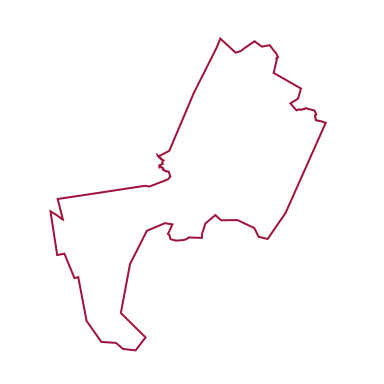 the district of Craven, North Carolina, United States of America, rotated 80°
{"feature_id": "52423323B69937594660811", "entity_name": "Craven", "entity_type": "district", "adm_level": 2, "iso_a3": "USA", "parent_name": "United States of America", "parent_adm1": "North Carolina", "projection": "equal_earth", "projection_center": [-77.135, 35.114], "detail": "fine", "context": "isolated", "style": "outline", "palette": "rose", "viewbox_px": 384, "rotation_deg": 80, "n_neighbors": 0, "source": "geoboundaries", "source_scale": "gbopen_adm2", "svg_char_len": 2215}
<svg xmlns="http://www.w3.org/2000/svg" viewBox="0 0 384 384"><g transform="rotate(80 192 192)"><path d="M186.5,334.7L193.7,334.9L230.7,335.7L230.6,328.4L256.4,322.7L256.1,318.8L300.7,318.2L323.9,307.3L327.4,293.1L334.6,287.2L338.2,275.0L327.1,263.0L298.9,283.1L252.3,265.6L222.4,243.2L218.0,224.1L219.6,219.5L220.5,216.9L229.2,223.0L230.3,221.8L234.7,221.3L237.1,216.3L237.8,209.1L237.5,205.5L236.2,203.2L238.9,190.2L235.5,189.6L225.3,184.3L218.8,173.0L224.9,168.3L227.5,152.2L238.3,136.9L247.7,134.2L251.4,125.7L245.2,119.6L231.0,105.6L228.9,103.5L147.1,48.3L145.0,52.1L143.4,56.0L143.4,56.7L142.3,57.7L140.7,57.4L139.2,57.8L137.7,57.4L137.6,56.5L136.8,56.1L133.1,57.2L129.1,65.7L129.6,66.3L129.9,67.3L129.5,68.4L130.1,70.3L129.6,70.9L129.2,72.8L129.6,73.4L129.7,75.0L121.8,79.7L118.5,71.4L109.1,66.7L88.9,90.9L75.3,85.1L75.0,85.6L74.5,85.0L74.2,83.9L69.0,85.4L68.2,86.2L60.9,90.0L61.0,97.9L54.4,104.3L60.1,116.7L60.7,117.6L61.7,119.8L62.4,124.8L45.8,137.5L53.6,142.3L93.7,172.2L94.6,172.9L139.9,202.3L147.5,207.2L151.1,218.8L150.1,219.5L150.5,219.5L152.5,218.1L153.0,216.9L153.4,216.8L153.8,217.2L154.4,216.9L154.6,215.9L155.0,215.7L155.9,214.6L156.1,215.1L157.2,216.0L157.8,216.2L159.2,215.9L160.2,219.7L161.5,219.7L161.4,219.6L161.2,219.4L161.0,219.2L161.1,218.9L161.3,218.8L161.5,218.9L161.8,218.9L162.0,218.9L162.1,218.7L162.3,218.4L162.3,218.2L162.4,217.9L162.4,217.7L162.5,217.6L162.5,217.4L162.6,217.2L162.8,217.1L162.9,216.9L163.0,216.9L163.1,216.7L163.3,216.6L163.5,216.5L163.6,216.4L163.8,216.3L164.0,216.3L164.1,216.2L164.3,216.2L164.4,216.3L164.5,216.3L164.4,216.3L164.5,216.5L164.7,216.8L164.8,216.8L164.8,216.7L165.0,216.6L165.1,216.4L165.2,216.2L165.3,216.1L165.4,215.9L165.5,215.9L165.7,215.7L165.9,215.6L166.0,215.5L166.0,215.4L166.2,215.2L166.3,215.0L166.4,214.9L166.5,214.8L166.5,214.7L166.7,214.4L166.8,214.4L166.9,214.2L167.0,214.1L167.1,213.9L167.3,213.8L167.3,213.7L167.4,213.4L167.4,213.2L167.4,212.9L167.4,212.7L167.5,212.5L167.5,212.4L167.6,212.2L167.7,211.9L167.8,211.8L167.8,211.7L167.9,211.4L173.1,210.6L175.4,213.7L179.2,232.9L177.7,237.5L176.0,309.1L175.8,315.0L175.6,325.5L196.8,323.9L196.7,324.1L190.8,329.8L186.5,334.7Z" fill="none" stroke="#9f1239" stroke-width="2"/></g></svg>